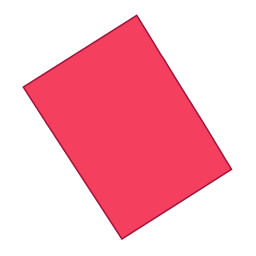 the district of Preble, Ohio, United States of America, rotated 148°
{"feature_id": "52423323B89596948569542", "entity_name": "Preble", "entity_type": "district", "adm_level": 2, "iso_a3": "USA", "parent_name": "United States of America", "parent_adm1": "Ohio", "projection": "albers", "projection_center": [-84.757, 39.743], "detail": "fine", "context": "isolated", "style": "filled", "palette": "rose", "viewbox_px": 256, "rotation_deg": 148, "n_neighbors": 0, "source": "geoboundaries", "source_scale": "gbopen_adm2", "svg_char_len": 459}
<svg xmlns="http://www.w3.org/2000/svg" viewBox="0 0 256 256"><g transform="rotate(148 128 128)"><path d="M61.4,136.6L61.2,160.5L61.1,166.4L61.3,173.3L61.1,187.2L60.9,218.6L60.9,218.9L195.1,218.2L195.0,206.7L194.5,172.5L192.8,82.7L192.0,37.1L62.1,38.1L62.0,51.2L62.0,51.6L61.8,60.8L61.7,71.0L61.6,72.3L61.6,76.3L61.5,84.8L61.5,85.9L61.4,91.3L61.4,92.7L61.4,98.7L61.4,105.4L61.4,106.1L61.4,136.6Z" fill="#f43f5e" stroke="#9f1239" stroke-width="1.5"/></g></svg>